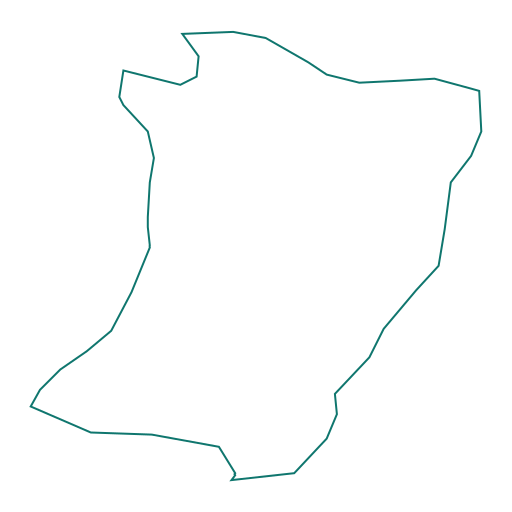 Namdong-gu, Incheon, South Korea
{"feature_id": "91817680B54049766777888", "entity_name": "Namdong-gu", "entity_type": "district", "adm_level": 2, "iso_a3": "KOR", "parent_name": "South Korea", "parent_adm1": "Incheon", "projection": "mercator", "projection_center": [126.725, 37.421], "detail": "fine", "context": "isolated", "style": "outline", "palette": "teal", "viewbox_px": 512, "rotation_deg": 0, "n_neighbors": 0, "source": "geoboundaries", "source_scale": "gbopen_adm2", "svg_char_len": 719}
<svg xmlns="http://www.w3.org/2000/svg" viewBox="0 0 512 512"><path d="M149.6,245.9L149.8,247.5L131.5,292.2L111.2,330.8L86.8,351.2L60.3,369.5L40.0,389.8L30.7,406.5L90.8,432.5L151.8,434.6L218.9,446.8L235.2,473.2L234.5,474.1L235.2,475.2L231.5,480.1L288.6,473.8L294.2,473.2L326.7,438.6L336.9,414.2L334.9,393.9L369.4,357.3L383.7,328.8L416.2,290.2L438.6,265.8L444.7,229.2L450.8,182.4L471.1,155.9L481.3,131.5L479.2,90.9L470.3,88.4L434.5,78.7L399.9,80.7L359.3,82.7L326.7,74.6L308.4,62.4L265.7,38.0L233.2,31.9L182.3,33.9L198.6,56.3L196.6,76.6L180.3,84.8L123.4,70.5L119.3,97.0L123.4,105.1L147.8,131.5L153.9,158.0L149.8,182.4L147.8,217.0L147.8,227.1L149.8,245.4L149.6,245.9Z" fill="none" stroke="#0f766e" stroke-width="2"/></svg>